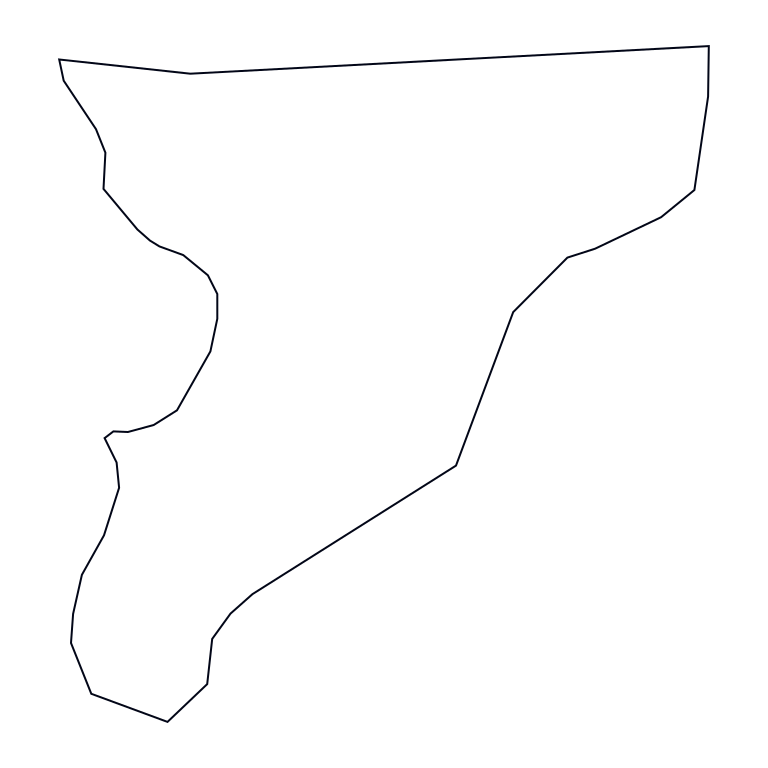 map outline of Radlje ob Dravi (orthographic projection)
{"feature_id": "SVN-981", "entity_name": "Radlje ob Dravi", "entity_type": "Municipality", "adm_level": 1, "iso_a3": "SVN", "parent_name": "Slovenia", "parent_adm1": "", "projection": "orthographic", "projection_center": [15.216, 46.586], "detail": "fine", "context": "isolated", "style": "outline", "palette": "ink", "viewbox_px": 768, "rotation_deg": 0, "n_neighbors": 0, "source": "natural_earth", "source_scale": "10m", "svg_char_len": 593}
<svg xmlns="http://www.w3.org/2000/svg" viewBox="0 0 768 768"><path d="M59.2,59.5L190.3,73.7L708.8,46.1L708.1,96.5L694.4,190.0L661.1,217.2L595.1,248.7L567.4,257.6L513.2,312.1L456.0,465.6L252.5,594.1L230.5,613.6L212.2,638.9L207.2,684.1L167.5,721.9L91.3,693.8L71.0,643.0L73.1,613.9L81.9,574.8L104.0,535.3L119.1,487.8L116.6,462.5L104.6,438.1L113.4,431.4L127.9,432.0L153.7,425.0L177.0,410.3L210.4,351.4L217.3,318.8L217.3,294.0L207.9,275.3L183.3,255.1L159.4,246.4L150.0,240.6L137.4,229.5L103.5,188.9L105.4,152.7L96.0,129.2L63.7,80.7L59.2,59.5Z" fill="none" stroke="#020617" stroke-width="2"/></svg>